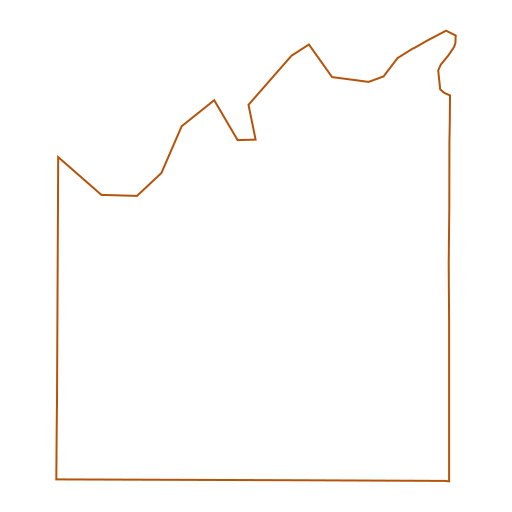 outline of Clay, Missouri, United States of America, rotated 180°
{"feature_id": "52423323B79927186456067", "entity_name": "Clay", "entity_type": "district", "adm_level": 2, "iso_a3": "USA", "parent_name": "United States of America", "parent_adm1": "Missouri", "projection": "mercator", "projection_center": [-94.495, 39.283], "detail": "fine", "context": "isolated", "style": "outline", "palette": "amber", "viewbox_px": 512, "rotation_deg": 180, "n_neighbors": 0, "source": "geoboundaries", "source_scale": "gbopen_adm2", "svg_char_len": 641}
<svg xmlns="http://www.w3.org/2000/svg" viewBox="0 0 512 512"><g transform="rotate(180 256 256)"><path d="M62.9,30.7L62.9,141.7L62.9,190.8L63.3,247.9L63.0,276.3L62.7,303.7L62.6,369.5L62.2,390.4L62.0,416.6L67.7,419.1L71.8,422.6L73.8,441.5L71.2,447.4L63.3,457.0L57.9,465.1L56.6,468.8L56.3,476.5L66.0,481.3L85.0,471.3L97.9,463.9L99.2,463.5L114.5,453.9L128.4,435.6L143.4,430.1L179.9,434.9L203.1,467.5L220.5,456.3L263.5,407.2L256.4,372.4L274.4,371.9L297.8,411.8L330.3,385.8L350.6,339.0L375.0,316.1L410.6,317.1L453.8,354.9L455.0,109.6L455.2,94.5L455.7,32.6L201.3,31.7L67.7,31.1L62.9,30.7Z" fill="none" stroke="#b45309" stroke-width="2"/></g></svg>